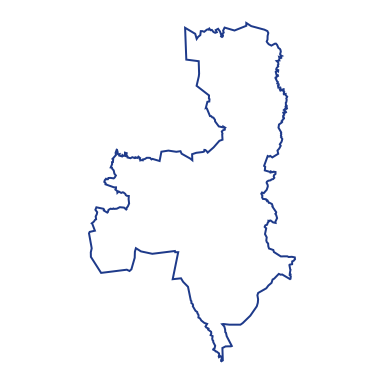 Ixtlán del Río, Nayarit, Mexico
{"feature_id": "50627088B6071095399846", "entity_name": "Ixtlán del Río", "entity_type": "district", "adm_level": 2, "iso_a3": "MEX", "parent_name": "Mexico", "parent_adm1": "Nayarit", "projection": "robinson", "projection_center": [-104.302, 21.029], "detail": "fine", "context": "isolated", "style": "outline", "palette": "blue", "viewbox_px": 384, "rotation_deg": 0, "n_neighbors": 0, "source": "geoboundaries", "source_scale": "gbopen_adm2", "svg_char_len": 5973}
<svg xmlns="http://www.w3.org/2000/svg" viewBox="0 0 384 384"><path d="M280.1,54.1L280.8,51.7L280.5,50.0L279.9,48.9L278.4,47.9L277.1,44.9L275.9,43.6L274.8,43.7L271.4,45.6L268.7,44.2L267.2,42.4L266.7,41.5L267.5,39.6L267.6,35.9L268.3,33.0L267.4,31.1L264.5,29.7L251.2,26.1L246.3,23.0L246.3,25.8L234.5,30.5L224.6,27.6L223.1,30.7L223.7,32.6L222.4,33.8L223.0,35.7L222.7,36.5L222.0,37.0L221.0,36.3L221.4,35.4L220.0,31.5L218.1,28.8L215.7,30.1L216.8,32.2L215.2,32.8L213.5,32.0L211.8,29.9L210.5,30.2L209.3,28.6L208.6,29.6L208.0,29.3L206.8,29.7L204.2,31.8L202.3,31.1L200.8,31.1L200.3,35.1L198.0,37.0L196.7,38.9L195.2,33.8L185.1,27.8L186.3,59.6L198.7,61.2L199.1,73.7L198.8,76.4L196.6,85.8L209.0,95.4L208.9,98.5L209.5,99.1L209.3,101.5L207.4,101.8L205.8,108.0L206.3,107.8L207.0,108.8L210.0,116.1L211.3,116.2L212.3,117.4L213.4,117.6L215.0,119.9L215.1,121.4L218.8,126.4L223.6,127.5L223.5,126.7L225.2,127.7L224.7,128.2L224.8,129.6L222.8,130.4L221.8,131.5L222.5,133.8L222.2,134.4L222.5,139.7L219.4,140.8L213.6,147.4L207.7,152.6L206.4,150.9L205.3,150.0L204.4,149.9L204.1,151.5L202.9,152.0L196.3,152.8L192.1,154.2L192.3,160.2L190.3,158.6L181.6,153.7L180.5,151.2L176.3,151.8L168.4,150.6L161.4,151.7L159.6,161.0L152.5,158.9L151.5,159.4L150.1,157.9L148.8,157.8L146.8,157.8L144.7,159.1L143.0,159.4L142.8,160.3L141.7,160.1L140.3,160.4L140.3,159.8L139.6,158.8L140.1,158.1L138.4,156.7L137.5,157.9L135.8,157.4L135.9,157.9L134.7,158.1L132.3,157.2L130.5,158.2L127.6,157.5L127.6,156.6L127.2,157.4L127.5,156.5L126.6,155.4L125.9,157.1L126.6,155.2L126.4,154.6L126.7,153.2L125.0,152.7L125.0,154.4L124.5,155.3L125.5,155.6L124.4,155.4L125.4,155.8L125.3,156.0L124.1,155.6L123.3,155.9L122.4,155.1L122.0,156.4L119.3,155.6L119.6,154.1L118.3,154.4L117.8,154.0L117.6,152.0L117.0,149.8L116.7,149.7L115.6,152.7L115.9,155.1L112.6,158.8L113.2,159.1L112.9,162.1L112.0,162.2L112.1,164.2L110.7,167.5L112.0,167.8L112.3,168.9L113.7,170.4L114.4,173.7L115.9,175.5L114.8,177.4L113.7,178.4L110.5,177.9L108.4,178.0L107.9,179.2L106.6,179.3L106.0,178.8L104.8,180.2L104.3,181.9L105.3,182.6L105.4,183.7L105.9,184.0L105.7,184.4L113.9,187.3L116.0,187.3L116.0,188.3L115.4,189.6L117.2,191.0L117.4,192.8L118.7,191.5L121.2,192.9L122.7,192.3L123.5,192.5L125.3,193.9L125.8,195.1L126.9,195.8L128.8,196.0L128.6,199.1L129.1,203.5L127.9,206.3L126.4,208.2L126.6,209.1L126.2,209.5L124.0,207.6L119.8,207.2L116.8,208.7L114.0,208.9L113.5,208.5L112.1,209.0L110.5,208.7L108.5,209.9L107.8,212.2L107.3,212.6L103.8,210.5L104.1,209.7L103.5,208.8L96.4,207.3L95.4,209.8L97.2,212.2L96.8,214.2L95.7,216.4L96.1,219.3L95.0,219.9L93.9,221.6L91.8,223.3L92.2,223.6L94.9,230.7L89.7,231.9L89.0,233.3L91.7,248.3L90.8,252.3L90.9,256.9L101.1,272.9L126.8,269.7L129.5,271.0L131.4,269.3L134.7,257.8L134.9,251.7L135.9,248.2L141.0,251.4L152.3,253.8L174.9,251.0L175.2,252.2L178.2,252.2L172.7,279.2L181.0,278.3L183.1,281.8L188.0,286.8L190.8,300.5L191.4,301.2L191.4,303.1L192.6,304.0L193.1,305.2L192.8,306.2L195.5,310.8L197.2,312.0L197.5,313.5L198.3,314.5L198.6,315.9L198.4,317.5L200.0,318.4L201.3,320.5L204.3,322.9L207.1,323.9L205.5,326.5L206.3,327.5L208.5,328.6L208.1,329.6L211.1,331.8L211.3,333.3L210.6,335.1L212.6,336.1L212.2,338.8L212.7,340.4L213.2,340.8L213.3,342.2L215.2,345.8L214.6,348.2L213.5,348.9L213.2,349.6L215.1,350.6L215.6,351.4L216.5,351.5L219.0,353.4L219.2,354.6L218.7,356.4L219.0,357.2L220.6,356.2L222.0,357.9L221.1,360.1L221.1,360.7L221.7,360.6L221.8,361.0L222.8,360.4L222.4,348.0L225.6,346.4L231.1,346.3L231.8,346.0L226.7,336.2L226.0,332.9L225.3,332.2L225.1,329.4L224.3,326.5L222.2,324.2L223.3,324.0L229.6,324.7L240.4,324.7L242.7,323.1L250.3,315.7L256.8,306.3L257.8,302.8L258.1,299.3L257.4,295.2L258.2,292.9L266.3,288.3L268.4,285.5L271.5,282.9L272.6,279.5L274.1,278.7L278.8,273.9L280.7,274.7L282.2,274.5L290.0,279.1L290.5,278.8L290.8,276.2L289.6,275.0L289.8,274.4L290.4,274.1L289.8,273.4L290.5,269.7L290.2,269.3L289.4,265.0L289.8,264.6L292.1,264.2L292.2,261.4L293.6,260.8L295.0,259.2L294.8,257.4L291.9,256.8L288.7,257.0L287.2,256.3L280.8,256.4L273.9,252.0L273.3,250.0L269.0,248.5L268.3,246.3L268.1,243.5L266.8,242.1L266.3,240.5L266.7,237.3L265.0,234.1L266.2,228.3L264.7,227.0L264.7,226.6L265.4,225.3L267.1,224.7L267.7,222.8L268.2,222.3L268.4,220.8L269.3,221.1L270.0,220.5L270.6,220.5L273.1,222.4L275.6,222.9L275.4,221.7L277.1,218.1L276.2,215.1L275.4,213.9L275.9,213.5L276.2,212.2L272.4,206.6L272.7,206.2L271.9,204.0L269.4,202.7L268.8,202.8L267.5,200.4L266.8,199.9L266.6,200.4L265.8,199.2L262.9,198.9L262.1,197.4L262.4,195.8L261.3,193.7L262.0,192.5L263.7,193.2L266.7,189.8L267.8,186.5L267.7,185.0L266.6,182.8L266.9,181.7L268.4,180.7L270.6,180.3L271.4,179.5L273.1,179.1L274.3,177.8L273.7,176.5L274.0,175.2L275.5,173.9L275.5,172.0L273.6,171.7L272.8,172.2L270.9,171.5L270.7,173.3L270.2,172.0L264.8,170.4L265.2,166.8L264.1,165.9L267.7,156.0L269.0,156.6L270.2,155.9L272.3,157.4L278.2,153.8L277.5,150.5L279.2,148.6L280.7,145.8L279.8,144.3L281.6,141.7L282.3,139.0L281.0,137.1L281.4,136.6L280.9,135.4L281.3,134.1L280.9,133.2L281.2,132.4L278.5,127.7L279.0,124.5L281.6,122.6L282.1,122.0L281.6,121.2L282.5,120.4L282.7,119.5L284.0,118.5L283.8,117.3L283.1,117.0L283.2,115.7L284.2,114.8L283.3,112.6L284.1,112.3L285.0,112.8L286.0,112.2L285.6,111.4L283.9,110.0L285.1,108.9L286.5,108.9L287.0,108.4L286.7,107.6L285.7,107.5L285.5,106.6L285.7,106.2L286.6,106.5L286.8,106.0L285.9,104.7L285.8,102.8L286.3,102.1L286.7,99.8L286.3,98.4L287.2,96.8L285.5,94.9L285.6,94.0L283.9,94.3L283.7,93.9L284.2,92.0L283.8,91.8L283.6,89.2L283.1,89.3L282.6,90.5L281.7,90.1L280.4,90.6L279.9,89.6L280.7,88.9L280.3,87.5L278.4,87.7L278.0,85.8L278.7,85.3L278.7,84.2L277.3,83.5L277.9,82.1L277.1,81.4L275.4,77.9L275.6,77.5L276.4,77.5L276.7,76.4L278.0,75.9L277.8,75.1L276.5,74.8L275.7,71.8L276.0,71.4L276.9,71.3L277.1,70.5L278.1,71.3L278.2,70.6L278.2,70.1L276.9,69.9L276.2,69.2L276.8,67.8L278.2,66.4L277.8,65.1L278.4,64.3L278.2,62.5L276.7,61.0L279.3,60.5L279.0,59.9L279.5,58.4L279.2,57.2L280.9,58.1L281.3,57.8L280.7,56.3L281.8,55.9L280.7,55.3L280.1,54.1Z" fill="none" stroke="#1e3a8a" stroke-width="2"/></svg>